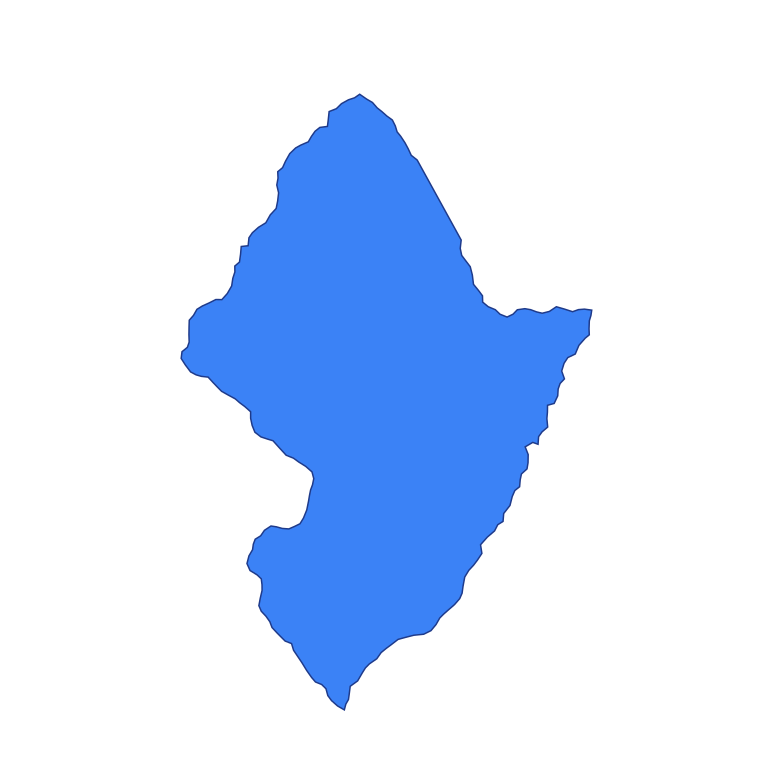 outline of Luislândia, Minas Gerais, Brazil, rotated 151°
{"feature_id": "56859067B98667495241529", "entity_name": "Luislândia", "entity_type": "district", "adm_level": 2, "iso_a3": "BRA", "parent_name": "Brazil", "parent_adm1": "Minas Gerais", "projection": "albers", "projection_center": [-44.589, -16.198], "detail": "fine", "context": "isolated", "style": "filled", "palette": "blue", "viewbox_px": 768, "rotation_deg": 151, "n_neighbors": 0, "source": "geoboundaries", "source_scale": "gbopen_adm2", "svg_char_len": 2943}
<svg xmlns="http://www.w3.org/2000/svg" viewBox="0 0 768 768"><g transform="rotate(151 384 384)"><path d="M576.7,118.2L572.6,122.5L568.0,125.3L564.2,130.4L560.1,136.0L551.0,137.1L542.8,142.0L537.9,144.7L532.5,146.3L523.5,147.2L516.7,150.5L510.1,151.7L504.0,152.5L495.5,153.8L488.1,152.0L479.7,149.8L470.6,145.9L462.5,145.5L455.1,148.4L448.7,152.3L443.5,153.8L437.2,155.2L429.2,156.9L421.8,159.6L417.1,163.2L413.0,168.7L407.0,176.0L400.2,179.9L393.5,182.1L387.6,184.7L380.5,188.4L377.5,196.6L367.8,200.0L358.5,201.9L352.7,205.8L346.5,206.1L342.1,212.7L332.7,216.7L326.4,223.4L321.2,227.4L315.2,228.4L311.3,234.2L307.4,238.7L300.1,240.4L296.2,245.3L292.1,252.4L291.0,260.6L282.2,260.8L278.5,256.6L274.3,263.0L269.0,265.5L261.7,267.0L258.3,274.8L254.8,280.0L251.3,286.1L244.6,284.5L237.8,289.4L234.1,295.2L229.7,299.1L223.7,301.0L222.3,309.2L216.5,314.8L210.4,318.0L202.2,317.5L194.8,323.3L185.9,326.5L180.6,327.5L177.9,332.9L173.8,339.7L169.8,343.6L166.5,347.9L172.4,352.3L177.9,354.8L184.0,355.8L190.0,362.2L195.8,368.0L204.2,367.3L211.3,369.2L215.6,373.1L219.7,377.9L224.3,381.6L231.4,384.3L237.3,382.5L243.9,382.9L248.7,388.8L250.6,395.0L255.4,401.1L258.0,407.8L255.1,413.4L256.0,420.0L257.4,427.8L253.9,436.5L251.7,444.8L252.8,452.4L253.7,458.8L251.6,465.6L246.7,472.5L246.4,563.8L249.3,570.8L248.8,578.0L248.7,584.8L249.3,592.6L250.3,598.2L249.0,604.2L248.7,610.8L251.6,617.0L253.8,623.3L256.1,628.8L257.6,635.8L261.0,641.5L264.8,649.2L271.0,648.6L277.3,649.8L285.3,649.8L292.2,647.9L299.9,648.9L305.1,641.5L308.6,636.7L315.7,639.5L321.7,638.5L327.5,635.7L332.8,632.5L341.0,633.3L346.8,633.3L354.7,631.2L362.0,626.7L367.8,622.4L374.0,621.2L376.9,615.4L381.3,610.0L383.5,602.3L388.3,595.6L393.2,589.8L401.4,587.1L409.2,582.3L417.8,581.9L425.8,580.1L431.2,577.4L435.8,570.8L442.2,573.5L446.5,567.1L451.3,560.7L457.3,559.5L460.1,554.3L465.0,549.7L469.7,543.6L477.2,539.1L484.9,536.4L490.1,539.4L497.7,539.7L505.0,540.3L511.4,540.0L517.3,536.4L523.4,534.2L526.8,528.5L530.7,521.7L534.1,515.1L538.2,511.4L545.0,510.2L549.0,504.7L548.5,496.9L547.3,488.3L543.9,483.1L540.0,479.2L534.5,475.3L532.8,468.2L531.3,462.5L529.6,456.3L525.5,449.7L521.3,443.1L519.4,437.8L516.7,431.8L514.1,424.4L517.3,418.6L519.4,411.7L520.3,404.4L517.3,397.4L512.5,392.2L508.6,388.2L506.5,379.1L504.1,369.1L499.2,363.1L496.3,356.9L492.4,349.9L489.6,342.0L491.3,335.3L495.4,330.5L499.5,327.0L503.0,322.9L506.9,318.0L512.6,311.3L519.4,305.8L525.2,302.5L531.3,302.8L537.5,303.4L543.0,307.0L547.4,311.3L551.7,314.6L559.5,314.0L565.5,311.0L571.9,310.7L576.0,307.2L579.3,302.8L585.4,299.2L590.9,293.4L591.6,285.8L587.5,278.5L585.8,273.1L588.0,267.6L590.7,262.6L596.1,256.6L600.9,250.8L601.5,244.7L599.8,238.0L599.1,231.4L600.0,225.3L598.2,218.0L595.1,207.1L590.7,201.8L592.2,194.9L591.6,188.2L590.9,179.9L590.5,170.9L589.6,162.4L588.4,156.6L584.2,151.4L582.5,145.6L584.2,138.7L583.4,132.5L580.7,124.9L576.7,118.2Z" fill="#3b82f6" stroke="#1e3a8a" stroke-width="1.5"/></g></svg>